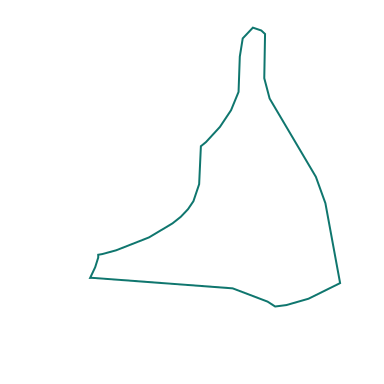 an SVG outline of Wanica, rotated 252°
{"feature_id": "SUR-74", "entity_name": "Wanica", "entity_type": "District", "adm_level": 1, "iso_a3": "SUR", "parent_name": "Suriname", "parent_adm1": "", "projection": "natural_earth1", "projection_center": [-55.199, 5.79], "detail": "fine", "context": "isolated", "style": "outline", "palette": "teal", "viewbox_px": 384, "rotation_deg": 252, "n_neighbors": 0, "source": "natural_earth", "source_scale": "10m", "svg_char_len": 561}
<svg xmlns="http://www.w3.org/2000/svg" viewBox="0 0 384 384"><g transform="rotate(252 192 192)"><path d="M141.8,68.6L150.4,76.7L158.7,82.6L161.3,83.4L160.7,87.4L160.0,101.7L162.1,137.0L168.2,163.8L171.9,173.7L176.9,182.9L182.8,190.5L197.2,201.2L232.8,214.6L235.2,220.8L245.3,238.7L257.7,254.4L272.8,267.2L306.0,279.3L322.4,287.7L329.5,300.7L324.2,307.8L319.7,310.3L277.9,295.9L256.9,294.7L168.1,314.5L140.1,315.4L59.6,304.7L54.5,269.8L55.3,246.8L57.4,235.7L64.4,230.0L87.8,200.9L141.3,70.3L141.8,68.6Z" fill="none" stroke="#0f766e" stroke-width="2"/></g></svg>